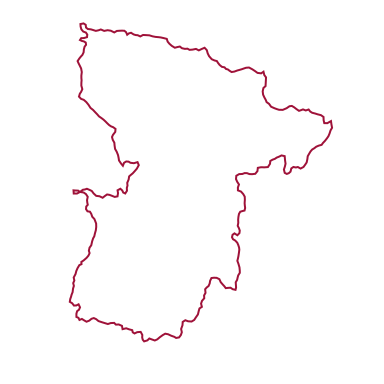 the district of Peçanha, Minas Gerais, Brazil, rotated 187°
{"feature_id": "56859067B17789026989145", "entity_name": "Peçanha", "entity_type": "district", "adm_level": 2, "iso_a3": "BRA", "parent_name": "Brazil", "parent_adm1": "Minas Gerais", "projection": "albers", "projection_center": [-42.509, -18.539], "detail": "fine", "context": "isolated", "style": "outline", "palette": "rose", "viewbox_px": 384, "rotation_deg": 187, "n_neighbors": 0, "source": "geoboundaries", "source_scale": "gbopen_adm2", "svg_char_len": 5510}
<svg xmlns="http://www.w3.org/2000/svg" viewBox="0 0 384 384"><g transform="rotate(187 192 192)"><path d="M87.1,228.5L84.4,230.4L83.0,232.9L81.8,235.3L81.5,238.6L81.5,241.6L80.4,244.2L79.3,246.7L77.9,248.8L76.0,250.3L74.2,252.1L71.8,253.5L69.1,254.6L68.0,256.6L66.3,258.9L64.6,261.7L63.4,264.0L62.6,266.8L62.0,270.0L60.8,272.8L61.9,276.3L62.7,279.3L66.1,276.8L69.1,276.5L70.1,279.3L70.6,282.5L73.4,284.0L76.7,284.4L79.3,284.9L82.4,285.3L84.5,286.3L86.3,288.1L89.0,286.8L91.9,287.5L93.8,286.5L95.7,285.6L98.4,287.0L100.9,288.5L103.4,289.6L105.7,289.0L108.3,286.7L111.9,284.6L115.6,284.2L117.8,284.6L120.4,285.2L123.9,286.3L126.3,288.9L128.9,290.3L130.1,292.5L131.7,294.7L133.3,297.3L134.1,300.5L133.8,303.9L131.9,306.1L132.1,309.0L132.3,312.0L132.5,314.8L134.5,316.9L135.7,320.1L137.8,318.2L141.5,318.2L144.0,319.6L147.0,321.1L150.6,322.5L153.5,321.9L155.6,320.9L157.6,319.9L159.7,319.0L161.9,318.1L164.6,316.7L167.3,315.9L169.5,316.9L171.3,318.0L173.3,318.3L174.9,319.7L177.6,319.9L180.1,321.5L182.0,323.4L183.3,325.0L185.7,325.3L188.6,326.2L191.6,328.9L193.3,331.5L194.6,334.6L197.1,336.7L200.0,335.0L202.5,333.4L205.5,334.5L208.8,333.4L211.8,332.8L213.9,333.7L216.5,333.2L219.5,333.5L221.8,334.9L224.4,334.0L226.6,333.1L229.9,334.6L232.5,336.4L234.5,338.3L235.7,340.9L238.8,341.3L241.9,341.6L244.1,341.6L247.1,341.5L250.1,341.7L253.4,342.3L256.8,342.1L259.7,341.9L262.3,340.1L265.0,341.0L267.0,340.9L269.2,341.3L271.9,342.6L273.9,341.8L275.5,340.2L276.9,342.6L278.8,343.8L281.3,343.6L284.2,343.1L286.2,342.7L288.6,340.9L292.3,342.2L295.5,342.3L298.8,341.2L302.3,342.2L304.5,341.1L307.1,340.2L309.8,340.7L312.1,341.1L315.3,341.1L317.2,342.3L317.9,345.0L320.2,346.1L323.2,345.1L322.7,342.5L321.6,339.9L319.5,338.0L316.7,337.3L315.1,335.4L315.1,332.9L318.1,331.6L320.7,331.2L321.7,329.2L319.7,328.5L317.7,328.3L315.7,327.4L315.1,325.2L316.3,323.2L316.7,320.4L316.6,317.4L317.5,314.7L318.8,312.9L320.1,310.8L321.5,308.0L320.2,305.8L318.9,303.9L317.1,301.1L316.0,297.6L316.0,294.1L315.7,291.7L315.2,289.4L315.1,286.9L314.8,284.1L313.4,280.7L314.3,277.8L315.3,275.9L315.8,272.9L313.4,270.9L310.7,270.3L307.9,268.4L305.4,266.0L303.0,263.1L300.2,261.4L297.7,259.3L295.6,257.6L293.5,255.7L291.0,254.4L288.6,253.0L286.4,251.4L284.8,250.1L282.5,248.4L280.4,247.3L278.1,246.7L275.6,245.3L275.5,242.3L277.4,239.1L278.1,236.8L277.0,234.1L275.1,231.5L274.5,228.7L273.6,225.4L271.6,222.7L269.9,219.6L269.0,216.9L268.3,214.4L265.9,211.6L263.8,209.6L263.0,212.7L261.0,214.3L258.6,214.4L256.7,213.5L253.2,213.5L249.7,215.0L248.1,212.2L249.6,208.4L251.4,205.7L253.1,203.3L254.9,201.4L256.3,199.8L256.4,196.7L257.4,193.2L256.8,190.5L257.2,188.1L256.7,185.3L258.1,182.4L260.2,183.1L261.4,185.0L263.5,186.5L266.1,184.6L265.3,181.9L265.4,178.6L268.1,177.7L271.1,178.5L273.6,179.1L276.0,179.2L277.9,177.5L280.0,175.4L283.3,176.5L286.6,176.5L289.5,178.6L291.6,180.8L293.6,181.5L296.7,182.4L298.5,181.5L300.6,180.9L303.2,178.4L299.5,178.3L297.0,177.0L294.9,174.5L295.2,171.1L294.6,168.6L293.9,166.6L295.2,164.7L295.1,162.1L293.4,160.1L290.9,160.0L289.3,158.0L288.0,155.3L285.6,153.3L284.4,151.1L283.3,149.0L282.8,145.6L282.8,142.3L283.3,139.0L283.6,136.1L284.5,133.9L285.1,130.9L285.5,126.8L286.9,124.3L287.2,121.1L286.2,118.9L287.0,116.3L288.6,113.8L291.2,110.9L293.3,109.1L292.9,106.9L294.9,105.7L296.3,102.5L297.2,99.5L297.6,96.4L299.0,92.7L298.0,89.8L298.8,87.1L297.8,84.4L298.3,81.6L298.3,78.0L299.0,75.4L299.3,73.2L299.8,71.0L299.9,68.1L297.4,67.0L295.3,64.9L293.0,65.3L290.9,66.7L289.1,63.9L289.8,61.4L291.5,59.7L291.9,57.1L291.5,53.9L289.4,53.3L288.1,51.3L285.8,52.6L283.3,51.4L280.9,50.4L278.3,51.8L276.3,53.9L274.1,54.9L271.6,54.1L269.1,52.5L265.7,51.8L262.3,51.2L259.4,50.7L256.7,52.0L253.3,52.6L251.4,51.1L248.6,51.6L245.2,50.6L244.2,47.4L240.7,48.7L237.5,48.0L234.5,47.6L233.7,45.5L231.8,44.6L229.3,46.2L225.9,46.9L223.9,44.1L223.7,41.5L222.9,39.4L221.3,37.9L218.2,39.3L216.5,41.4L214.0,40.8L210.8,40.1L208.5,41.5L206.3,43.9L203.6,46.4L201.3,48.1L198.4,47.9L195.1,46.8L191.9,46.1L190.0,45.2L187.1,46.1L185.6,48.7L185.0,51.6L186.1,54.7L185.2,58.6L185.4,61.9L183.0,63.9L180.1,63.2L176.6,63.4L174.2,65.3L173.0,67.8L171.2,71.2L170.8,74.8L170.4,77.3L168.2,79.2L169.4,82.3L168.8,85.2L166.9,88.0L167.4,90.8L166.3,93.5L167.1,97.1L165.8,99.0L164.1,100.7L163.3,103.4L163.2,106.0L162.2,109.0L159.7,109.6L157.1,109.8L154.2,108.8L152.5,106.0L150.4,104.1L148.4,102.4L146.8,100.7L144.7,101.2L142.1,101.7L139.8,100.5L136.9,100.2L136.6,102.5L137.0,104.6L137.6,107.7L136.5,110.3L136.3,112.5L136.0,114.8L134.7,117.6L135.0,119.8L135.7,123.0L137.2,126.5L138.6,129.2L138.3,131.6L138.1,134.1L138.0,137.9L138.0,140.5L138.5,142.6L139.6,145.0L140.9,147.2L143.2,149.1L145.5,150.1L146.8,152.0L146.5,154.5L144.8,156.1L141.7,154.6L139.9,157.0L139.9,159.5L141.0,161.8L142.5,164.0L142.3,167.0L142.8,170.0L142.9,172.9L142.7,176.0L141.7,178.3L139.7,179.2L137.6,180.0L137.3,182.6L137.9,184.9L138.4,187.3L138.6,190.8L139.1,193.8L140.9,196.2L143.4,198.4L146.6,199.2L147.0,202.1L146.3,205.2L148.4,207.7L149.9,210.2L150.0,213.5L147.4,215.5L144.3,216.0L142.0,217.2L139.6,217.4L137.3,216.8L134.6,217.0L131.4,217.8L129.6,220.7L129.6,224.0L126.5,225.0L123.1,225.3L119.7,226.0L118.0,229.5L118.1,232.3L116.0,233.9L113.8,235.0L112.1,236.5L110.2,237.5L107.6,239.2L104.4,238.9L103.5,234.8L102.6,231.5L102.9,228.7L103.5,225.5L102.3,222.3L100.1,221.5L98.2,222.5L96.7,224.2L96.3,227.5L94.4,229.2L91.9,229.0L90.0,229.7L87.1,228.5ZM309.2,176.1L305.9,176.5L303.2,178.4L305.2,179.5L307.5,179.3L309.8,179.2L309.2,176.1Z" fill="none" stroke="#9f1239" stroke-width="2"/></g></svg>